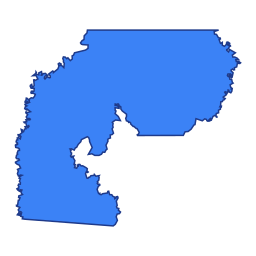 the district of Candeias do Jamari, Rondônia, Brazil
{"feature_id": "56859067B4922236816200", "entity_name": "Candeias do Jamari", "entity_type": "district", "adm_level": 2, "iso_a3": "BRA", "parent_name": "Brazil", "parent_adm1": "Rondônia", "projection": "orthographic", "projection_center": [-63.36, -8.964], "detail": "fine", "context": "isolated", "style": "filled", "palette": "blue", "viewbox_px": 256, "rotation_deg": 0, "n_neighbors": 0, "source": "geoboundaries", "source_scale": "gbopen_adm2", "svg_char_len": 5668}
<svg xmlns="http://www.w3.org/2000/svg" viewBox="0 0 256 256"><path d="M35.9,73.3L32.8,75.7L36.0,75.5L37.9,79.0L34.9,80.5L34.5,79.8L33.7,79.9L34.2,85.5L33.5,86.4L32.4,87.4L31.7,84.4L30.4,85.3L30.2,86.2L31.1,88.2L34.3,88.4L33.9,91.3L32.9,91.8L32.4,91.1L31.4,91.2L30.9,92.6L31.2,93.3L33.2,93.3L35.3,94.3L34.5,96.4L33.0,98.1L31.2,97.8L29.3,99.2L29.3,100.7L27.1,98.3L26.3,98.1L25.9,100.6L25.1,101.3L25.1,102.3L26.2,102.7L27.2,101.5L29.2,102.5L24.9,104.3L25.5,105.4L26.9,105.9L25.3,106.8L24.7,108.7L26.8,110.0L27.0,109.0L30.5,111.7L27.2,112.6L26.1,111.8L25.8,112.8L27.7,114.7L26.2,116.9L27.0,118.5L29.5,118.5L30.3,119.2L29.8,119.9L25.9,119.8L26.7,121.6L23.9,122.1L24.4,122.8L25.5,122.2L26.7,125.7L27.7,126.4L28.7,125.6L29.0,126.4L27.9,127.7L26.6,126.4L25.0,126.7L26.1,128.7L24.5,129.1L23.5,131.8L22.6,131.9L22.2,129.8L21.2,129.4L22.0,132.7L19.5,134.7L18.1,134.7L18.4,136.0L19.4,136.4L20.3,135.8L20.9,136.4L20.3,138.9L18.5,137.6L17.2,138.0L17.8,139.8L16.6,140.0L16.1,141.9L17.5,142.9L17.6,144.3L16.9,144.8L16.5,144.2L15.4,145.1L15.7,147.4L18.4,148.1L19.4,148.9L19.5,150.4L18.2,150.4L17.1,153.2L17.7,154.1L16.5,155.3L16.0,157.8L17.1,158.9L18.7,158.8L19.4,160.0L15.5,162.1L15.5,162.8L17.1,164.2L19.2,165.1L20.6,168.0L17.5,169.4L18.3,170.9L17.4,173.7L18.4,176.0L20.6,175.0L22.0,175.3L19.8,176.5L19.1,178.2L20.4,178.5L19.4,181.3L20.4,182.6L20.3,184.2L18.7,184.1L18.1,185.5L18.9,186.6L18.6,187.8L16.9,188.8L17.7,190.0L18.8,189.5L18.8,190.8L19.9,191.4L20.7,189.8L21.9,190.0L21.6,190.9L20.8,191.0L21.5,193.4L22.5,194.5L18.8,195.9L18.6,197.5L20.0,197.8L19.1,200.2L18.3,200.3L17.7,204.6L17.3,205.5L16.5,205.3L16.5,206.1L19.9,207.4L18.2,209.9L19.1,211.5L18.8,212.7L20.4,211.6L21.1,211.9L20.9,213.4L19.1,214.2L18.0,213.8L17.3,214.8L19.6,215.3L21.3,213.9L20.7,216.3L22.9,217.0L22.3,218.8L24.9,219.2L113.2,225.9L115.3,224.3L117.4,220.4L116.2,216.8L117.1,214.1L119.5,213.6L120.5,212.0L118.4,210.2L118.8,208.5L117.0,208.0L116.5,206.6L117.2,205.4L116.3,201.1L118.0,198.1L117.9,197.0L117.4,196.5L116.1,196.9L116.0,197.9L114.8,198.7L114.5,197.0L112.7,196.2L111.8,194.7L109.6,194.6L108.7,191.2L107.8,191.4L107.4,193.0L102.6,193.7L101.2,194.7L99.9,194.4L99.8,193.3L99.0,193.7L98.5,193.3L97.1,189.4L98.2,186.5L99.9,185.0L99.6,184.3L98.0,184.3L97.3,183.5L97.9,182.7L97.3,181.8L98.8,180.1L99.1,177.5L98.6,176.5L99.2,175.6L95.9,176.2L94.3,174.4L94.0,175.4L90.9,175.7L89.7,177.2L88.8,177.3L87.9,178.3L86.9,178.1L85.5,173.7L86.2,172.0L87.6,172.5L88.2,172.0L86.9,170.8L87.3,168.7L86.1,167.7L82.7,165.8L81.1,165.9L79.8,164.4L78.1,164.5L77.6,165.3L78.4,165.4L78.3,166.2L77.4,166.6L76.7,168.2L74.5,167.6L75.2,166.1L74.3,164.7L75.1,164.5L74.2,163.8L74.9,160.6L73.0,157.5L73.8,156.1L72.3,156.3L71.5,157.2L70.9,156.8L70.5,155.9L71.4,154.6L71.6,153.0L70.9,152.6L70.5,150.8L71.0,150.3L70.0,149.0L71.3,148.8L74.2,150.1L75.4,147.8L76.6,147.4L78.2,144.4L80.8,141.7L81.4,139.6L87.4,136.7L88.7,137.7L89.5,139.8L89.6,141.6L92.2,147.5L88.3,154.4L91.9,153.8L94.8,155.4L99.0,155.4L101.5,154.2L102.8,152.1L104.8,152.3L105.9,150.1L107.1,149.1L106.0,145.2L108.0,141.1L107.7,139.8L108.3,138.8L110.4,138.0L110.2,135.0L112.2,134.5L113.5,133.2L112.1,128.9L113.1,127.3L112.7,125.5L113.1,123.6L112.3,122.3L115.5,120.0L120.4,120.6L118.3,116.5L115.1,113.6L116.0,111.0L115.2,110.4L115.1,107.7L119.1,108.4L119.2,107.7L117.4,105.7L115.1,105.4L115.2,104.0L117.1,104.5L118.0,103.8L118.8,104.4L118.8,105.5L120.8,106.8L120.9,109.1L122.3,111.0L126.5,114.2L126.5,116.5L125.7,118.3L126.4,120.8L128.4,121.5L128.6,122.4L129.7,122.1L130.7,123.1L130.6,123.9L133.2,126.5L133.9,126.4L136.2,128.5L137.1,128.6L139.2,132.4L138.4,134.1L137.2,134.9L137.6,135.5L183.3,135.4L185.1,131.8L188.1,131.5L191.1,129.2L193.9,125.0L195.0,124.6L196.0,118.7L202.3,120.8L204.7,118.9L206.4,119.4L206.9,120.7L207.8,121.2L209.5,121.0L209.5,120.3L208.8,120.1L210.1,118.7L210.7,120.4L211.3,120.2L211.1,118.7L211.9,118.9L213.0,116.4L214.8,115.5L215.8,116.0L216.3,113.5L218.6,112.8L218.5,110.2L220.4,109.2L220.5,107.5L221.3,107.1L221.4,106.2L220.0,106.5L220.6,105.4L220.8,101.8L222.3,101.6L223.1,100.1L224.3,99.7L225.2,98.5L223.3,97.7L223.2,97.0L226.1,95.0L226.9,93.6L225.8,94.0L224.7,92.2L225.3,91.7L226.1,92.2L228.3,91.8L228.0,90.1L228.7,90.1L229.4,92.1L230.8,92.8L231.8,91.3L232.2,88.7L231.3,88.9L231.5,87.9L230.8,87.5L230.1,84.8L233.1,83.1L232.3,82.3L231.7,79.5L229.9,79.3L229.5,77.1L227.9,76.3L227.4,75.4L227.9,74.0L230.6,73.9L231.5,75.0L230.7,75.6L229.3,75.3L228.8,76.0L230.7,76.5L231.4,77.7L232.1,77.3L233.1,72.8L231.2,70.9L231.1,70.0L232.6,69.0L233.5,69.9L234.5,69.8L234.4,67.7L236.7,66.9L237.4,63.1L238.3,62.7L238.6,63.4L239.8,63.5L240.6,62.8L238.8,61.5L236.3,61.6L235.8,59.7L238.6,59.7L237.2,58.2L234.7,57.0L232.9,57.1L232.3,55.1L235.4,52.8L229.6,49.5L228.6,51.9L226.7,50.3L226.7,49.6L228.6,48.7L229.2,46.8L230.5,46.0L230.2,45.3L228.0,45.2L227.2,43.8L228.9,44.4L229.7,43.3L228.0,42.1L227.0,42.1L226.1,44.7L224.5,46.3L222.3,45.2L222.3,42.4L220.7,43.4L220.3,43.0L219.1,39.6L220.4,39.0L220.3,38.1L218.4,37.7L216.5,34.4L214.5,34.1L214.2,31.5L218.6,30.1L87.4,30.1L87.0,32.9L84.2,35.8L84.0,39.5L82.1,40.6L80.5,42.9L81.4,44.2L82.7,44.6L88.1,45.0L88.0,48.4L85.5,50.1L74.5,52.8L73.5,55.2L72.1,55.9L72.3,59.0L70.3,60.6L67.9,57.8L66.8,58.7L65.2,57.1L63.4,56.9L62.8,58.5L63.5,60.4L63.4,61.9L64.3,63.3L63.8,67.6L61.6,65.5L59.8,65.5L61.1,64.0L59.4,63.0L58.2,63.9L58.9,66.1L57.9,68.9L53.5,72.5L53.5,71.5L52.7,71.0L48.6,74.1L50.2,75.7L50.3,77.5L49.5,77.8L47.0,76.8L45.0,79.0L44.3,78.1L44.8,76.5L45.6,75.8L47.5,75.5L45.5,73.4L43.3,73.6L41.9,75.3L41.2,75.1L41.9,73.9L41.5,71.6L38.8,72.9L38.8,74.9L36.2,74.1L35.9,73.3ZM215.8,116.0L216.4,117.1L217.0,117.0L216.8,116.4L215.8,116.0ZM35.9,73.3L36.4,72.5L36.0,71.9L35.9,73.3Z" fill="#3b82f6" stroke="#1e3a8a" stroke-width="1.5"/></svg>